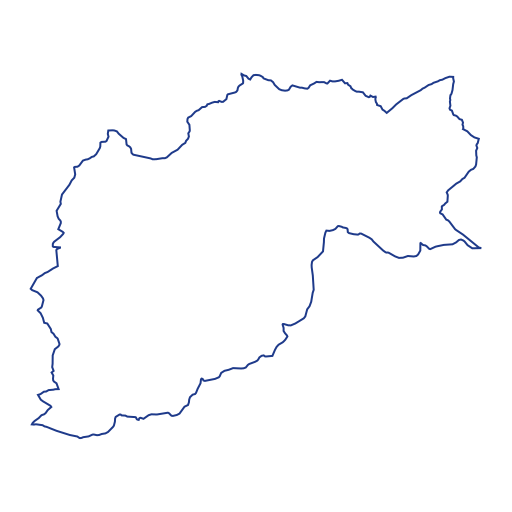 Dong Giang, Quàng Nam, Vietnam (orthographic projection)
{"feature_id": "81297802B9107629386142", "entity_name": "Dong Giang", "entity_type": "district", "adm_level": 2, "iso_a3": "VNM", "parent_name": "Vietnam", "parent_adm1": "Quàng Nam", "projection": "orthographic", "projection_center": [107.776, 15.912], "detail": "fine", "context": "isolated", "style": "outline", "palette": "blue", "viewbox_px": 512, "rotation_deg": 0, "n_neighbors": 0, "source": "geoboundaries", "source_scale": "gbopen_adm2", "svg_char_len": 5910}
<svg xmlns="http://www.w3.org/2000/svg" viewBox="0 0 512 512"><path d="M481.3,248.1L478.8,247.5L463.0,234.6L456.1,230.0L455.1,229.2L449.3,221.5L447.8,220.2L446.3,219.7L442.6,214.4L440.3,213.3L440.0,212.7L440.2,211.7L441.9,209.4L441.8,206.6L442.0,206.2L444.2,204.8L445.1,203.6L447.4,201.7L447.8,195.8L447.7,194.7L446.7,192.4L448.2,190.3L456.3,183.6L460.2,181.4L462.4,179.0L464.5,177.8L468.7,171.7L471.0,169.8L473.3,168.9L475.4,166.5L476.1,164.5L476.8,157.3L476.3,155.4L476.1,150.7L477.3,148.0L476.4,145.5L476.7,144.4L477.7,143.1L478.8,138.8L474.4,137.4L470.9,135.1L467.3,131.3L463.0,129.1L463.3,128.5L463.2,126.2L462.5,124.7L463.0,122.6L461.9,119.8L459.5,119.1L457.2,116.5L455.8,115.6L453.8,115.1L453.3,114.5L451.9,110.6L450.0,109.7L449.5,108.3L450.4,105.7L449.9,101.6L450.3,100.0L450.0,98.6L450.3,96.0L450.5,95.0L451.1,94.5L451.6,93.3L452.5,90.0L453.2,84.1L453.9,81.5L453.2,78.4L453.2,76.9L449.5,76.7L445.4,78.1L442.3,79.7L439.8,80.2L438.0,81.3L433.5,82.8L431.6,84.1L428.6,85.0L424.6,87.7L422.6,88.6L420.7,90.2L411.4,95.1L406.7,98.3L404.3,98.5L403.2,99.0L396.2,104.4L392.4,108.2L386.7,112.9L384.4,110.8L382.5,109.6L380.7,106.2L377.1,105.0L376.9,103.6L375.9,102.1L375.4,99.7L375.4,98.5L375.8,97.3L375.6,96.6L373.0,97.0L370.4,95.6L369.7,96.9L368.8,97.2L365.6,95.8L362.9,92.3L359.1,91.7L356.8,91.7L355.2,91.0L352.5,89.4L352.1,88.7L351.3,88.3L350.5,86.3L348.1,84.7L347.4,83.1L345.0,83.3L342.0,79.8L338.6,80.8L335.0,81.4L332.5,81.4L330.0,80.7L327.4,83.5L326.5,83.4L324.0,82.1L319.1,82.2L316.5,81.9L314.0,83.5L310.2,85.3L308.6,87.8L307.4,88.7L304.7,88.4L302.0,87.7L300.1,87.7L292.4,85.4L290.7,86.7L288.9,89.7L287.5,90.4L285.1,90.7L281.7,90.2L279.2,89.2L274.7,84.9L273.1,82.2L270.9,80.4L268.3,80.2L264.1,78.6L263.5,78.3L262.8,77.1L260.4,75.7L259.0,75.2L255.8,74.9L253.5,75.2L251.5,77.3L250.2,79.5L248.5,78.7L246.3,76.0L244.0,75.4L241.5,73.9L241.4,74.7L242.3,76.5L243.2,80.8L243.1,83.0L242.9,83.4L239.6,85.5L238.5,86.6L237.9,87.9L237.4,90.4L236.2,91.9L234.9,92.5L227.9,94.3L227.3,95.0L226.4,99.1L223.1,101.8L221.7,101.9L219.1,100.9L218.5,101.2L218.1,102.2L214.7,101.9L212.0,102.7L208.9,104.0L207.4,104.3L206.7,105.8L205.0,106.9L202.1,107.1L198.6,110.2L196.8,110.8L195.2,111.8L191.2,116.1L188.2,117.6L187.5,119.0L187.3,121.7L189.4,124.8L189.8,130.3L189.6,131.4L188.3,133.3L188.9,136.5L188.0,138.8L186.1,140.8L185.3,142.9L182.2,144.8L177.6,149.7L171.7,152.9L166.8,157.4L164.9,158.2L162.4,158.2L156.2,159.2L152.8,159.3L150.5,158.4L133.4,154.7L132.7,154.2L131.5,152.8L131.1,148.9L130.3,147.4L129.2,146.4L127.3,145.4L126.6,144.5L126.0,139.1L123.5,137.9L122.0,136.6L118.7,133.7L116.9,131.4L114.4,130.5L112.8,130.3L108.3,130.5L107.8,133.9L108.5,136.7L106.5,141.0L105.4,141.7L101.7,141.9L100.7,142.4L100.4,142.7L100.3,146.4L99.8,148.1L96.2,154.2L93.8,156.4L91.8,156.9L89.8,158.3L87.7,159.3L85.7,159.6L82.9,160.6L79.3,165.5L77.5,166.7L74.9,166.9L74.1,167.4L75.2,174.4L74.3,177.7L71.7,180.4L69.4,184.8L62.0,194.5L60.4,201.7L60.8,203.9L56.6,210.8L57.6,216.3L58.7,218.8L60.3,220.5L60.8,221.6L60.8,223.1L58.3,229.2L62.8,231.9L63.7,232.9L63.1,234.0L60.1,237.2L54.2,241.7L53.4,242.7L52.8,244.0L52.8,246.3L53.4,246.9L60.0,247.4L60.0,247.8L57.1,249.0L56.3,250.1L57.8,266.1L53.0,268.5L47.6,272.0L44.8,273.1L42.2,275.1L36.9,278.0L30.7,288.8L32.1,290.1L37.5,292.3L41.1,295.7L43.0,298.4L43.5,300.1L41.9,306.3L41.3,307.5L37.9,309.7L37.7,310.4L40.6,313.2L42.9,317.9L44.2,322.8L47.3,323.5L50.8,329.0L51.5,332.1L53.5,333.7L55.4,336.8L57.2,338.1L57.7,338.7L59.5,344.0L59.4,344.7L58.4,346.4L54.8,349.2L52.7,355.4L52.6,363.8L52.2,367.1L53.6,370.9L51.6,372.5L53.3,375.5L53.0,378.7L53.2,380.4L53.9,381.5L56.5,383.3L58.6,389.1L55.2,389.2L53.3,389.7L48.6,390.1L46.2,391.5L43.9,391.7L40.5,394.1L38.0,394.9L40.8,399.7L43.1,401.4L50.5,405.8L51.3,407.0L47.8,410.0L45.6,413.1L44.1,414.3L41.5,415.2L38.7,418.1L34.6,421.0L32.7,422.9L31.9,424.4L34.1,424.6L34.8,424.3L36.3,424.3L42.6,425.2L44.5,426.4L46.4,426.8L56.5,430.8L69.8,435.0L77.3,436.5L79.5,438.0L80.1,438.1L81.6,437.9L83.2,437.2L88.6,436.4L92.5,434.6L93.7,434.5L97.0,435.2L99.1,435.0L101.7,434.0L105.4,433.4L108.0,432.0L113.1,426.8L113.9,425.6L114.9,421.7L115.1,418.5L115.7,416.9L119.6,414.5L120.6,414.5L121.6,415.4L125.4,415.6L127.3,416.6L135.2,417.1L135.9,417.4L136.8,419.2L137.4,419.6L138.7,419.9L139.2,418.5L140.0,417.9L140.6,417.8L143.5,418.8L148.6,415.2L151.4,414.3L156.9,414.5L167.9,412.7L169.1,413.3L171.2,415.5L172.1,415.9L173.0,415.9L176.8,415.0L179.5,413.6L184.5,406.7L188.0,405.0L188.9,402.4L189.2,399.6L190.0,397.2L192.6,394.7L195.1,394.0L196.0,392.9L197.7,388.7L200.5,383.3L201.0,379.3L201.6,378.6L202.6,378.9L203.5,380.5L204.9,380.9L215.0,378.9L218.8,377.3L219.7,376.3L221.2,372.9L224.5,370.8L228.7,369.8L233.1,368.1L241.1,368.5L243.6,368.3L245.8,367.5L247.9,364.9L249.2,364.0L255.1,361.8L257.3,360.6L258.3,359.4L259.4,357.4L261.6,355.8L263.7,355.4L265.0,356.4L265.9,356.5L272.4,355.9L275.0,349.8L276.6,346.9L278.6,344.7L282.7,342.3L283.8,341.3L285.3,339.7L287.4,336.5L287.0,335.5L285.0,333.2L283.6,331.0L283.6,327.9L282.6,324.6L282.8,324.1L283.8,324.0L288.2,325.3L290.8,325.4L295.3,323.5L303.8,318.3L305.3,316.4L307.2,309.3L309.5,306.3L311.2,301.8L312.7,292.8L313.7,289.8L312.8,275.5L311.7,267.4L311.6,265.0L312.0,261.9L312.9,260.3L317.6,257.1L323.0,251.4L323.9,242.2L324.0,238.5L325.4,232.6L326.4,230.6L329.5,230.9L333.0,230.1L335.4,228.9L337.8,226.2L338.8,226.0L341.8,226.8L342.7,227.4L346.0,228.0L347.2,228.6L347.6,229.4L347.8,232.1L349.0,233.1L353.6,234.2L357.6,234.6L358.4,234.5L359.8,233.5L361.2,233.6L369.3,237.7L371.7,239.3L373.4,241.5L383.1,250.5L385.6,252.3L386.6,252.6L387.8,252.5L388.8,252.8L395.1,256.4L399.0,257.9L403.0,257.7L407.9,256.0L413.7,256.5L416.4,256.0L418.1,254.5L420.3,250.6L420.4,243.2L420.7,243.0L423.0,245.0L425.3,245.4L426.6,246.2L429.3,248.9L430.3,249.1L435.5,246.7L437.1,246.3L443.8,244.9L452.5,244.3L456.1,242.4L458.9,240.0L461.0,239.5L463.3,240.5L464.5,241.4L467.6,245.2L472.3,248.3L481.3,248.1Z" fill="none" stroke="#1e3a8a" stroke-width="2"/></svg>